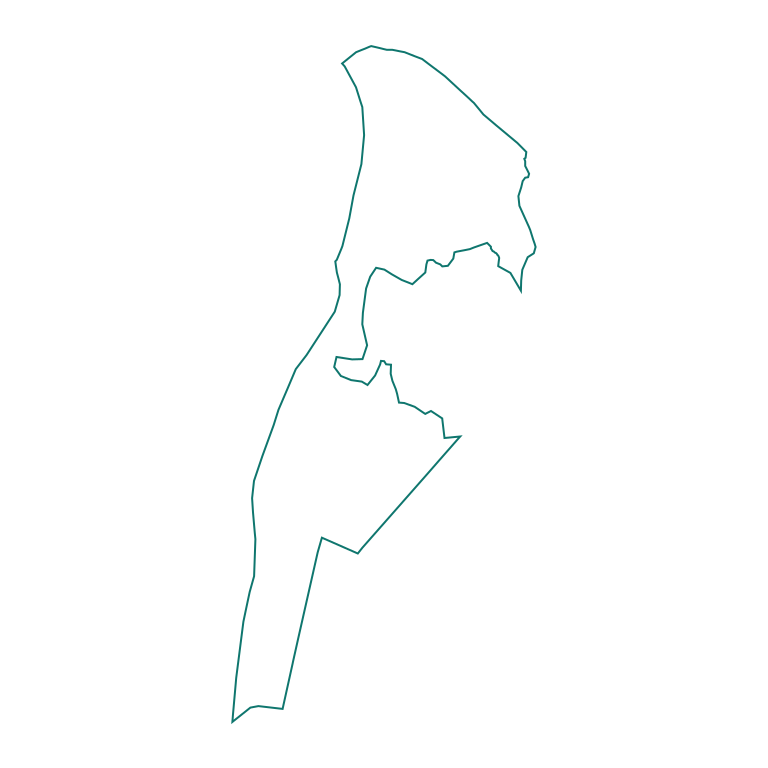 outline of Takum, Taraba, Nigeria
{"feature_id": "59680162B27926848768432", "entity_name": "Takum", "entity_type": "district", "adm_level": 2, "iso_a3": "NGA", "parent_name": "Nigeria", "parent_adm1": "Taraba", "projection": "equal_earth", "projection_center": [9.974, 7.054], "detail": "fine", "context": "isolated", "style": "outline", "palette": "teal", "viewbox_px": 768, "rotation_deg": 0, "n_neighbors": 0, "source": "geoboundaries", "source_scale": "gbopen_adm2", "svg_char_len": 2342}
<svg xmlns="http://www.w3.org/2000/svg" viewBox="0 0 768 768"><path d="M342.1,63.5L344.7,66.4L356.0,87.3L360.4,101.3L361.9,105.9L362.3,107.0L364.1,135.1L361.4,164.1L353.5,195.4L349.3,218.3L342.4,246.1L341.4,248.7L336.8,259.8L335.3,261.4L336.2,267.9L336.9,272.6L338.3,277.9L339.9,284.3L339.6,295.1L334.8,311.6L334.5,312.1L306.6,355.0L295.8,369.1L288.1,387.3L278.9,408.8L278.5,409.7L273.7,425.0L270.6,433.5L262.4,456.0L254.0,480.9L252.1,498.2L253.0,512.3L254.8,533.1L255.4,539.2L254.1,576.2L249.7,591.9L247.5,602.2L245.7,610.7L243.4,621.7L237.4,668.6L236.2,678.0L235.7,683.8L233.0,714.3L232.4,721.9L250.4,707.6L258.4,706.1L282.6,708.9L292.6,663.7L292.9,662.2L298.6,636.7L317.7,552.3L321.9,537.7L357.8,553.5L362.4,547.7L428.6,472.5L438.8,460.8L457.6,439.4L460.2,436.5L444.5,438.0L442.2,418.4L431.0,411.0L425.2,413.9L414.7,406.8L404.2,403.0L399.0,402.6L397.1,393.8L395.8,389.2L392.4,380.8L390.7,373.8L391.0,364.7L386.1,364.3L384.2,361.2L381.0,360.9L380.1,364.5L375.1,375.5L367.5,385.0L361.8,381.6L351.1,380.1L340.9,376.0L334.2,367.0L336.5,357.0L352.1,359.4L362.5,359.1L367.1,345.3L362.3,324.3L362.9,312.8L366.1,288.5L370.2,276.7L376.1,267.8L384.4,269.6L391.8,274.3L401.8,280.0L409.7,283.1L412.4,284.2L418.2,278.9L425.3,272.5L426.4,264.4L427.5,260.6L430.6,259.9L433.3,260.1L435.1,261.8L436.0,262.7L440.3,264.4L442.3,266.4L447.9,265.8L453.3,258.6L454.4,252.4L456.6,251.7L459.7,251.1L465.0,250.1L469.9,249.1L473.9,247.5L481.6,244.8L487.1,242.9L490.9,246.7L490.9,248.5L491.7,249.6L492.6,251.1L493.6,251.4L495.2,252.8L496.1,253.1L496.8,253.8L497.3,254.8L498.1,255.4L498.7,256.6L499.2,258.0L498.7,261.8L498.2,266.1L498.3,266.2L510.4,272.9L520.9,290.7L521.2,280.5L522.3,269.8L527.7,257.2L533.8,253.3L535.6,247.0L534.6,243.6L533.1,239.3L530.2,230.0L528.8,226.6L527.7,224.2L519.4,205.8L518.4,196.1L521.2,187.4L522.7,181.1L525.2,177.7L528.1,177.2L529.1,173.8L527.7,170.9L525.2,166.0L525.2,161.2L524.3,158.8L525.6,157.8L526.3,152.0L517.3,142.9L515.6,141.5L495.8,125.0L483.4,114.5L478.5,108.5L473.8,102.8L472.5,101.7L466.1,95.7L460.7,90.8L459.3,89.5L452.9,83.6L445.0,76.3L439.2,71.9L432.8,67.1L427.9,63.4L422.1,59.0L414.7,56.2L404.6,52.2L399.8,51.3L395.9,50.5L394.9,50.3L392.3,49.8L386.8,49.8L383.4,49.0L380.3,48.2L375.2,47.0L371.2,46.1L369.3,46.8L364.9,48.7L361.8,49.9L356.1,52.2L348.9,58.0L342.1,63.5Z" fill="none" stroke="#0f766e" stroke-width="2"/></svg>